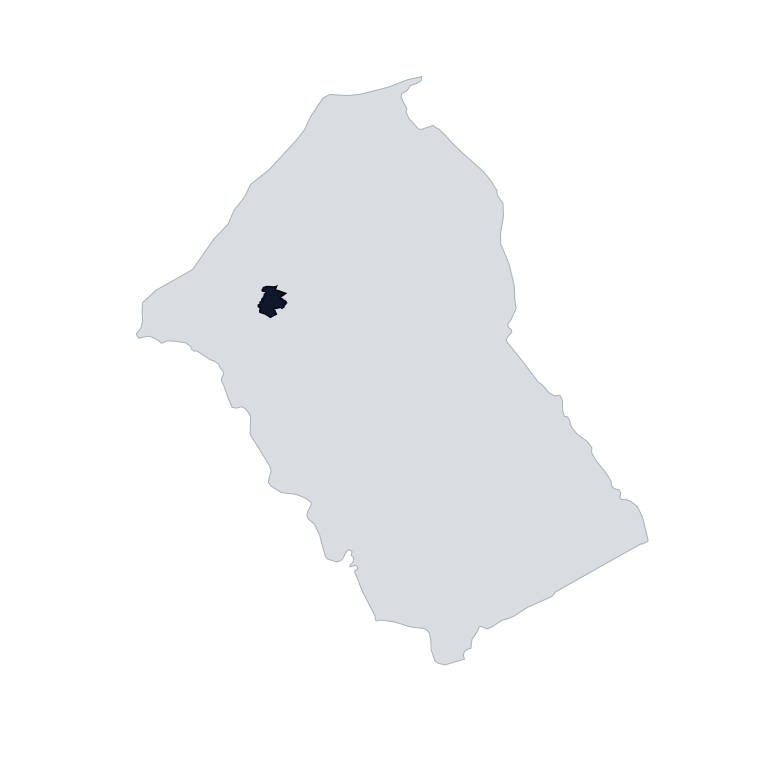 location of Fanteakwa North, Eastern, Ghana, rotated 151°
{"feature_id": "2480657B42231307300111", "entity_name": "Fanteakwa North", "entity_type": "district", "adm_level": 2, "iso_a3": "GHA", "parent_name": "Ghana", "parent_adm1": "Eastern", "projection": "albers", "projection_center": [-0.403, 6.499], "detail": "fine", "context": "in_parent", "style": "filled", "palette": "ink", "viewbox_px": 768, "rotation_deg": 151, "n_neighbors": 0, "source": "geoboundaries", "source_scale": "gbopen_adm2", "svg_char_len": 5921}
<svg xmlns="http://www.w3.org/2000/svg" viewBox="0 0 768 768"><g transform="rotate(151 384 384)"><path d="M467.0,108.8L472.5,114.0L473.7,117.0L471.7,128.3L467.7,136.3L465.2,143.7L465.5,147.4L468.0,151.1L476.4,156.9L480.7,160.7L485.8,166.4L491.6,172.0L501.6,179.3L505.8,180.6L505.6,182.6L504.3,185.4L503.4,212.6L502.6,219.6L501.9,223.2L501.0,233.3L499.9,234.8L498.0,234.7L496.3,235.1L495.9,237.1L496.6,239.2L502.6,240.6L501.3,242.2L496.8,243.6L494.8,246.6L495.7,250.1L493.2,252.9L493.9,254.8L495.5,256.2L498.0,255.7L505.1,251.0L508.0,250.5L511.7,251.4L518.5,258.6L518.7,262.1L516.0,274.0L513.4,283.3L512.9,295.6L515.7,302.5L515.3,306.3L512.3,309.6L505.3,314.4L505.8,317.7L509.0,323.7L514.9,330.5L526.4,338.8L532.5,349.7L532.7,354.1L529.1,358.6L525.0,362.4L523.7,368.0L525.6,404.5L516.5,420.4L516.4,424.9L517.4,430.1L519.8,433.3L524.4,434.2L528.2,437.2L526.9,448.3L524.9,459.7L524.6,465.2L523.5,467.8L519.9,469.9L518.6,473.5L519.5,477.9L518.9,481.2L520.8,485.4L525.0,490.7L531.7,503.8L534.2,504.8L535.4,507.5L534.7,510.2L537.3,516.0L544.7,521.8L552.5,526.8L558.9,527.5L560.4,532.0L564.5,537.8L567.5,540.3L572.3,541.9L576.3,542.8L576.5,547.7L569.4,551.0L564.6,556.0L561.0,563.7L555.9,572.1L538.5,576.5L531.8,576.6L495.9,576.9L462.3,593.4L443.0,599.3L431.1,608.6L415.0,615.3L403.9,623.3L380.6,627.1L342.5,639.7L330.6,644.7L318.5,653.4L298.8,663.7L291.1,663.5L275.8,653.8L264.3,648.9L236.1,641.5L215.0,638.5L204.8,635.3L202.0,634.7L204.4,631.3L210.3,631.1L216.5,632.2L221.2,629.6L228.1,629.2L229.9,626.5L230.5,619.5L230.4,613.9L232.8,611.4L233.5,604.8L230.2,590.2L227.8,588.5L215.5,586.3L214.6,583.4L212.4,580.3L210.1,572.8L207.5,561.5L203.2,547.6L195.1,524.6L193.1,516.4L191.8,508.2L191.5,498.3L193.2,494.6L193.0,489.5L192.3,484.4L198.2,472.8L209.6,458.5L212.0,453.3L214.2,449.8L214.5,444.6L216.6,427.9L222.1,407.8L225.6,400.2L227.9,396.1L230.7,389.4L231.5,386.3L242.0,378.4L246.8,376.3L247.9,373.2L246.3,369.8L247.0,367.5L249.5,366.4L253.3,365.4L256.2,362.2L251.9,337.3L248.4,312.6L248.2,310.5L246.1,307.0L244.0,296.8L240.6,290.8L235.6,289.0L235.7,283.4L240.7,273.9L242.0,268.3L239.6,266.6L239.3,262.3L241.0,255.3L240.2,250.9L239.3,246.3L234.2,235.5L233.0,227.8L235.7,223.3L235.7,213.5L232.9,198.4L232.5,188.8L234.4,184.9L233.5,181.1L229.8,177.4L229.6,173.9L232.8,170.6L232.4,167.9L228.4,165.9L224.9,161.3L221.8,153.9L222.5,142.1L228.5,120.3L229.3,118.5L236.0,118.7L236.0,119.6L256.9,119.5L280.8,119.4L309.3,119.2L335.2,119.0L336.3,118.0L340.6,116.8L366.8,119.1L383.2,118.0L390.1,118.7L395.2,120.2L406.5,119.3L412.5,119.8L417.1,125.3L418.9,125.2L421.5,122.9L426.0,120.3L430.6,118.2L433.9,114.0L435.9,110.8L438.9,111.4L443.2,111.2L446.0,108.5L447.1,104.3L467.0,108.8Z" fill="#d9dde1" stroke="#a8b0b8" stroke-width="1"/><path d="M426.0,510.9L426.7,511.7L427.5,512.5L428.1,513.2L429.1,514.4L429.6,515.0L429.8,515.3L430.4,515.9L430.7,516.3L432.0,517.5L433.2,518.6L433.0,520.0L432.9,520.2L432.7,520.3L432.6,520.2L432.4,520.2L432.2,520.3L431.8,520.4L431.7,520.6L431.5,520.8L431.4,520.8L431.2,521.1L431.2,521.3L430.9,521.5L431.0,521.5L431.6,521.7L432.1,521.8L432.5,521.9L432.9,522.2L433.2,522.3L433.6,522.4L434.0,522.7L434.3,522.9L434.6,523.2L435.0,523.5L435.8,523.9L436.3,524.2L436.7,524.6L437.5,525.0L438.2,525.4L438.7,525.8L440.0,526.3L440.8,526.4L441.4,526.5L442.1,526.5L442.7,526.8L443.0,526.6L443.3,526.1L443.9,525.8L444.5,525.7L444.8,525.3L445.3,524.8L445.0,523.9L444.4,523.6L443.6,523.1L443.2,522.4L442.8,521.8L442.8,520.9L443.6,520.7L444.3,520.6L445.0,520.5L445.5,520.2L445.8,519.5L446.1,519.0L446.2,518.8L446.4,518.7L446.5,518.4L446.8,518.4L447.5,518.4L447.7,518.1L448.1,517.7L448.8,517.4L449.6,517.5L450.6,516.0L450.9,515.7L451.1,515.6L451.9,515.3L452.0,515.6L452.3,515.8L452.7,515.1L453.2,515.1L453.2,514.2L453.8,513.8L455.5,514.0L455.5,513.8L455.6,513.7L455.8,513.5L456.0,513.4L456.2,513.2L456.2,512.9L456.2,512.7L456.3,512.7L456.4,512.3L456.3,512.2L456.2,512.0L456.1,511.9L455.9,511.7L455.7,511.7L455.4,511.5L455.4,511.4L455.2,511.1L455.1,510.9L455.2,510.7L455.3,510.4L455.5,510.3L455.5,510.2L455.7,509.9L455.8,509.9L455.7,509.9L455.8,509.9L455.9,509.7L456.0,509.3L456.9,508.8L457.8,506.9L454.5,503.5L454.2,503.1L452.6,500.3L451.1,497.4L444.2,497.3L444.1,500.6L444.0,500.8L443.9,500.9L444.0,501.0L444.3,501.3L444.4,501.6L444.4,501.8L444.4,502.0L444.4,502.3L444.4,502.5L444.3,502.8L444.3,503.0L444.2,503.3L443.8,503.3L443.6,503.1L443.3,503.1L443.2,503.1L442.9,503.1L442.7,503.0L442.6,502.8L442.4,502.7L442.2,502.6L441.9,502.5L441.7,502.4L441.4,502.3L441.2,502.3L440.8,502.1L440.7,502.1L440.4,502.1L439.7,502.2L439.4,502.1L439.2,501.8L439.1,501.7L438.8,501.6L438.5,501.5L438.3,501.4L438.2,501.4L437.7,501.2L437.3,501.1L437.2,501.0L437.1,500.8L436.8,500.6L436.6,500.0L436.7,499.8L436.5,499.6L436.4,499.6L436.2,499.7L436.0,499.8L435.7,499.8L435.3,499.8L434.9,499.9L434.6,500.0L434.3,499.9L434.2,500.3L433.8,500.4L433.6,500.5L433.6,500.8L433.6,501.0L433.4,501.2L433.2,501.3L433.1,501.2L432.9,501.4L432.6,501.3L432.5,501.5L432.4,501.5L432.5,501.6L432.4,501.7L432.4,501.8L432.3,501.7L432.2,501.6L432.0,501.8L431.8,501.9L431.7,501.9L431.6,502.0L431.5,502.4L431.4,502.4L431.2,502.3L430.9,502.7L430.8,502.9L430.7,502.9L430.3,502.8L430.2,502.8L430.2,502.7L430.1,502.8L430.0,502.7L430.0,502.8L429.9,502.8L429.9,503.2L429.8,503.5L430.0,503.6L430.4,503.7L430.5,503.9L430.4,504.0L430.2,504.1L430.2,504.7L430.3,504.9L430.3,505.0L430.5,505.0L430.7,504.9L430.8,504.9L430.9,505.0L431.0,505.3L431.3,505.6L431.2,505.7L431.2,505.8L431.1,506.0L431.3,506.4L431.5,506.3L431.6,506.5L432.1,506.4L432.1,506.5L431.9,506.7L431.7,506.7L431.5,506.8L431.5,507.0L431.8,507.2L431.9,507.3L431.9,507.5L431.8,507.8L432.0,508.0L432.3,508.2L432.5,508.3L432.4,508.3L432.5,508.4L432.5,508.5L432.8,508.5L433.1,508.8L433.2,509.1L433.2,509.3L433.3,509.4L433.3,509.5L433.1,509.6L433.1,509.8L432.9,510.0L432.6,510.3L432.3,510.2L431.9,510.3L431.4,510.3L431.0,510.4L429.3,510.5L427.2,510.8L426.0,510.9Z" fill="#0f172a" stroke="#020617" stroke-width="1.5"/></g></svg>